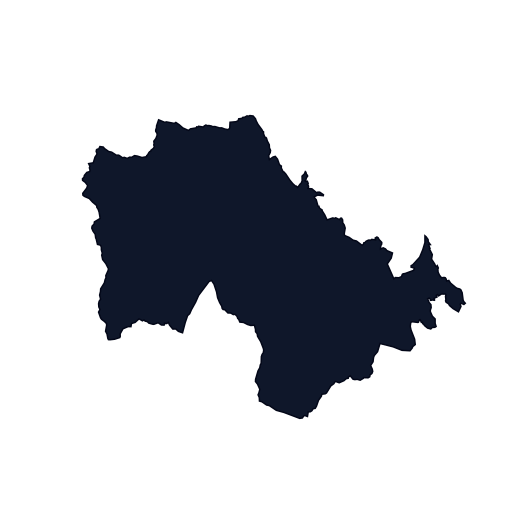 Hoa Vang, Quàng Nam, Vietnam, rotated 334°
{"feature_id": "81297802B86432819232797", "entity_name": "Hoa Vang", "entity_type": "district", "adm_level": 2, "iso_a3": "VNM", "parent_name": "Vietnam", "parent_adm1": "Quàng Nam", "projection": "equal_earth", "projection_center": [108.008, 16.067], "detail": "fine", "context": "isolated", "style": "filled", "palette": "ink", "viewbox_px": 512, "rotation_deg": 334, "n_neighbors": 0, "source": "geoboundaries", "source_scale": "gbopen_adm2", "svg_char_len": 6131}
<svg xmlns="http://www.w3.org/2000/svg" viewBox="0 0 512 512"><g transform="rotate(334 256 256)"><path d="M373.0,291.9L371.0,292.1L370.5,293.9L367.3,291.8L365.5,292.0L364.7,291.2L363.9,291.0L361.4,291.0L359.8,291.7L358.7,291.4L357.7,292.5L356.0,292.9L352.9,286.6L350.1,284.2L347.9,280.1L344.8,276.6L344.8,275.3L345.4,274.2L348.4,270.0L348.9,266.8L348.5,264.2L349.7,261.5L349.5,259.5L348.6,259.1L346.9,259.8L344.4,256.6L343.3,256.7L341.6,255.4L335.7,254.7L335.8,249.0L335.3,244.4L335.6,243.6L334.1,241.0L334.3,238.9L333.8,238.9L333.6,238.2L334.8,231.8L334.2,229.7L334.4,228.3L338.1,228.3L342.9,231.3L343.5,230.5L341.3,226.6L339.6,225.7L338.2,225.7L335.7,220.1L332.3,218.1L333.6,216.8L333.9,215.8L333.5,214.2L334.6,214.0L334.9,212.3L334.8,211.1L333.2,210.7L332.9,209.7L334.3,209.3L335.8,207.6L337.2,207.1L337.6,206.2L337.2,204.5L337.6,202.6L337.3,201.8L335.5,203.4L332.4,204.4L330.4,208.7L328.3,210.5L327.1,210.7L323.5,212.7L323.0,211.0L322.1,210.4L320.8,207.2L319.7,202.7L318.7,195.3L317.9,192.6L317.3,192.2L317.3,188.0L318.2,186.3L317.1,184.2L317.8,178.4L317.0,174.9L314.7,174.5L310.3,175.2L311.3,171.4L314.2,169.2L315.4,167.4L315.5,164.7L316.7,161.8L316.6,157.6L317.1,154.6L316.8,153.7L316.1,153.5L316.1,152.4L316.4,149.3L317.2,147.7L316.7,146.9L316.7,145.1L315.5,138.6L315.4,134.6L315.7,132.4L314.8,128.9L312.1,127.1L310.5,127.0L309.3,126.1L306.8,126.3L304.8,125.6L303.7,126.1L300.6,125.1L299.2,126.6L296.8,126.5L291.3,124.4L288.5,129.4L287.6,130.0L286.0,130.0L283.5,128.1L281.4,125.8L279.4,124.9L275.8,121.6L273.7,120.7L273.0,119.7L270.8,118.0L269.8,117.8L268.3,116.3L266.4,116.4L265.4,117.1L261.2,114.2L260.2,114.6L259.3,113.9L258.4,114.6L252.9,113.0L250.3,113.5L246.4,108.8L244.5,104.3L242.5,100.8L240.7,101.0L234.3,96.2L232.5,95.8L228.2,90.9L223.7,95.4L222.9,96.9L221.0,98.9L220.5,100.1L220.8,102.1L220.2,104.0L217.5,106.5L214.5,108.0L213.6,110.5L212.8,111.3L212.5,113.3L210.9,114.3L208.0,114.9L207.4,115.6L206.2,115.6L204.9,116.2L202.9,117.6L201.7,117.9L201.3,118.8L196.7,117.5L193.2,114.2L190.8,112.5L187.6,112.8L185.8,111.8L183.0,111.8L180.9,109.6L179.1,109.2L177.3,105.9L176.7,105.1L174.7,104.2L171.8,99.4L169.4,97.5L167.0,93.1L166.5,91.1L163.7,89.2L161.5,90.9L160.2,90.4L159.2,90.6L158.2,91.9L158.0,94.1L157.5,94.9L154.7,96.5L150.6,100.9L146.1,99.6L146.0,102.7L144.9,103.7L144.5,106.1L143.5,107.2L140.6,106.7L137.1,108.3L135.9,109.8L133.9,110.5L133.3,112.0L134.8,114.9L135.6,118.8L133.6,120.8L127.8,123.7L127.1,125.5L127.9,127.2L131.4,131.3L132.8,136.1L134.7,140.3L134.8,141.2L134.3,142.4L134.6,144.9L134.2,147.9L132.4,153.9L125.7,154.5L124.5,156.3L121.8,157.3L120.6,159.0L120.4,162.1L121.0,166.0L119.8,169.5L119.9,170.4L118.6,176.1L120.6,177.7L121.0,178.9L120.8,180.4L119.7,182.7L119.1,186.1L117.7,187.6L116.6,192.0L117.7,197.0L117.8,202.8L116.7,204.2L112.5,207.7L111.5,210.0L110.2,210.9L107.9,213.7L102.0,217.4L100.7,219.7L98.3,222.6L97.4,226.7L95.2,227.9L93.6,229.9L92.4,232.9L92.3,235.7L89.9,237.4L89.2,243.3L89.4,245.1L91.1,248.4L92.0,251.2L91.4,252.8L87.8,257.7L87.9,260.8L86.7,265.1L86.7,266.5L88.2,267.3L92.4,268.8L97.8,269.6L98.7,268.8L99.8,266.4L104.5,263.1L110.1,263.4L112.6,264.7L114.5,262.1L118.2,262.7L123.3,261.2L125.5,264.5L127.3,264.4L127.8,265.9L129.6,267.4L130.2,269.3L133.1,271.9L134.2,272.6L138.8,273.1L140.7,276.5L143.1,277.8L143.7,277.5L144.3,276.3L146.2,277.6L148.1,277.2L148.0,280.2L149.2,285.2L151.9,286.4L153.2,289.7L156.3,292.8L163.3,284.7L168.4,279.6L171.1,278.8L174.5,275.9L181.4,271.1L187.2,266.2L202.7,258.3L205.3,258.5L205.9,262.9L204.8,271.0L203.2,276.7L202.9,282.0L203.2,286.0L202.6,288.4L203.0,289.7L204.4,290.6L205.8,294.9L208.3,296.2L209.9,298.7L211.7,299.3L212.5,302.1L212.2,304.0L212.7,305.5L212.5,308.3L215.7,310.3L218.4,313.9L220.9,316.2L224.2,317.5L223.4,321.6L222.4,323.9L223.0,326.3L222.2,328.9L222.7,335.1L222.1,342.0L221.7,343.9L220.1,346.2L218.4,347.1L216.7,348.8L213.6,354.7L212.1,355.8L210.4,358.1L207.5,360.1L201.6,366.6L200.5,368.6L201.2,371.8L201.0,377.5L198.6,380.3L197.0,381.7L196.9,384.7L195.5,387.9L197.4,389.6L200.2,394.6L202.4,396.3L206.6,403.6L212.5,408.8L224.1,421.1L226.7,421.9L228.5,420.8L229.9,420.7L231.9,422.8L234.6,419.0L236.5,419.8L238.3,419.6L240.5,418.3L242.4,418.9L244.5,417.5L248.9,413.1L253.3,410.7L254.5,409.1L257.8,410.2L259.3,410.0L266.2,405.6L269.9,404.9L271.9,403.7L272.6,403.7L275.2,406.4L280.4,406.6L283.3,405.8L285.3,406.3L285.8,405.4L288.2,405.0L289.2,409.3L290.6,410.4L292.9,411.2L295.2,413.3L298.8,413.0L299.3,412.5L303.4,414.6L305.3,414.4L306.3,412.9L308.7,412.4L310.3,410.9L310.9,408.6L311.0,404.7L314.8,402.4L317.2,398.7L318.7,397.3L323.3,395.3L329.1,389.0L339.5,397.8L345.9,404.8L352.9,408.7L356.4,407.0L356.8,406.2L360.3,405.4L362.1,400.3L362.9,390.5L363.5,388.0L363.9,386.7L366.1,383.4L367.8,383.7L372.4,386.7L373.0,386.7L375.0,384.9L375.7,385.2L375.5,388.2L376.6,388.6L376.2,390.0L376.7,390.5L377.0,392.5L378.6,396.0L381.1,398.2L383.0,397.5L385.5,398.5L387.0,398.3L387.5,395.0L389.4,391.1L388.1,387.4L388.3,382.5L389.0,381.0L390.8,379.2L391.9,376.4L391.2,373.7L391.5,369.7L393.2,369.7L393.7,371.4L393.4,372.3L393.6,372.5L395.4,372.9L396.9,374.0L397.2,373.9L397.4,372.1L400.7,372.2L400.8,370.3L401.1,370.2L402.2,370.2L402.6,371.9L406.8,371.4L407.1,372.1L409.6,373.2L409.7,374.2L408.6,375.4L407.6,378.3L406.7,379.4L406.6,380.9L407.9,383.0L408.2,384.0L408.2,385.3L410.1,389.7L413.5,394.9L418.1,391.2L418.4,388.9L419.7,388.4L421.6,390.7L423.4,390.2L422.8,388.1L422.8,386.5L425.2,379.4L425.3,376.2L424.7,375.0L422.4,373.0L421.6,371.6L419.0,365.7L418.6,362.5L416.4,362.0L416.8,360.0L416.6,358.5L415.6,357.7L413.2,356.9L412.5,353.6L412.6,350.3L413.7,347.5L414.6,346.7L414.7,344.1L413.6,344.6L413.0,344.2L413.1,341.4L412.4,335.8L415.1,332.0L415.0,325.6L415.7,325.5L416.1,321.6L417.7,322.2L417.1,318.7L417.9,316.6L417.3,313.2L416.7,311.9L413.7,318.0L408.6,323.5L402.6,328.8L393.1,332.6L391.2,332.7L390.5,334.0L393.1,336.4L391.4,338.0L382.4,337.1L380.5,336.5L379.5,336.6L377.8,338.3L374.9,338.2L371.7,336.4L369.9,337.0L370.5,320.7L376.6,317.2L380.0,313.1L376.0,308.5L375.5,306.4L373.9,304.4L370.9,304.4L372.6,301.5L374.2,300.4L375.0,298.9L373.8,295.0L373.8,293.2L373.0,291.9Z" fill="#0f172a" stroke="#020617" stroke-width="1.5"/></g></svg>